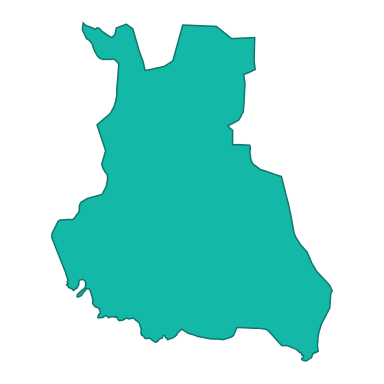 Bukkuyum, Zamfara, Nigeria
{"feature_id": "59680162B43558777101724", "entity_name": "Bukkuyum", "entity_type": "district", "adm_level": 2, "iso_a3": "NGA", "parent_name": "Nigeria", "parent_adm1": "Zamfara", "projection": "natural_earth1", "projection_center": [5.481, 11.985], "detail": "fine", "context": "isolated", "style": "filled", "palette": "teal", "viewbox_px": 384, "rotation_deg": 0, "n_neighbors": 0, "source": "geoboundaries", "source_scale": "gbopen_adm2", "svg_char_len": 5500}
<svg xmlns="http://www.w3.org/2000/svg" viewBox="0 0 384 384"><path d="M254.7,37.6L231.6,38.6L216.4,26.4L182.8,25.0L172.8,60.9L164.3,66.4L157.0,68.0L147.3,70.2L144.9,70.1L144.7,69.2L144.0,65.7L143.1,61.6L141.9,58.5L140.8,55.6L140.4,54.3L138.9,50.0L132.8,28.8L126.4,24.2L116.3,28.0L114.8,35.0L111.7,37.4L109.9,36.5L108.2,35.6L102.1,31.4L99.3,28.4L97.4,27.7L95.0,29.3L91.8,27.5L87.1,26.0L85.4,25.1L83.2,23.0L82.3,29.6L85.1,35.6L86.6,38.7L87.9,39.4L89.3,40.3L90.7,42.0L92.1,43.9L93.4,47.9L94.7,51.3L97.5,56.0L99.8,58.3L102.8,59.4L106.7,59.4L110.1,59.4L112.5,59.1L114.9,59.7L118.8,63.8L116.8,90.1L116.8,92.5L116.8,95.6L116.2,98.3L115.9,99.8L115.4,102.2L115.2,102.8L113.9,106.9L110.3,113.5L97.0,124.8L101.7,139.0L102.8,142.2L105.6,150.8L101.7,164.3L103.0,168.3L104.9,171.7L107.1,174.4L107.7,178.3L106.2,186.6L102.0,194.5L90.0,197.7L86.6,198.9L80.9,202.4L79.9,204.3L79.3,206.7L79.3,209.8L78.8,212.2L76.3,215.3L74.2,218.5L72.2,219.7L70.1,219.4L62.6,219.9L60.2,220.0L58.2,221.1L52.1,233.3L51.8,237.6L65.7,272.8L65.9,273.9L66.4,275.3L66.8,276.4L67.5,278.5L67.7,279.5L67.7,281.0L67.5,281.6L67.2,281.9L67.3,282.3L67.5,282.2L67.8,282.5L67.7,283.1L67.9,283.5L67.9,284.1L67.4,284.4L66.7,284.6L67.2,285.6L67.8,286.1L68.3,286.8L68.5,287.5L69.1,287.8L69.7,287.8L70.5,288.2L71.5,288.8L72.2,289.0L72.7,289.3L73.0,290.0L73.3,290.5L73.9,290.4L74.5,289.5L75.3,289.2L75.8,288.3L76.7,288.3L77.0,288.1L77.0,287.7L77.6,286.8L77.9,286.2L78.1,285.9L78.3,285.3L78.6,285.2L78.7,284.5L78.8,282.9L79.2,280.9L79.2,280.7L79.7,280.1L80.3,279.9L81.4,279.7L82.3,279.4L83.4,279.7L84.8,280.7L85.5,282.2L85.8,283.4L85.7,284.8L85.5,286.6L85.2,287.0L84.7,287.9L83.8,289.1L82.5,289.8L81.9,290.4L80.9,291.2L79.9,292.1L78.9,293.1L78.2,293.7L77.5,294.4L77.4,294.7L77.3,295.3L77.1,296.4L77.1,296.9L77.5,297.1L77.9,296.9L78.6,296.8L79.5,296.5L80.6,296.0L81.4,295.5L82.1,294.3L82.6,293.8L83.1,292.9L83.7,292.1L84.1,291.4L84.6,291.0L85.2,290.7L85.4,290.5L85.6,290.2L85.6,289.7L86.1,288.8L86.5,288.6L87.7,288.7L88.9,288.8L89.5,289.2L89.9,290.1L90.4,290.9L90.7,292.3L91.1,293.6L91.6,295.0L91.6,295.6L92.2,296.5L92.2,297.9L92.7,298.7L92.9,299.5L92.9,300.3L92.6,301.0L92.8,301.6L92.8,302.2L92.6,303.3L92.9,304.0L93.7,304.8L94.2,305.5L94.6,306.4L95.3,306.8L97.3,307.5L97.5,307.6L97.8,307.7L98.2,308.0L98.4,308.2L98.7,308.2L98.8,308.3L99.0,308.5L99.2,308.8L99.3,309.1L99.3,309.3L99.4,309.6L99.6,310.1L99.8,310.9L100.0,311.4L100.3,311.7L100.4,312.0L100.1,313.1L100.0,313.3L99.4,314.0L99.2,314.2L98.9,314.4L98.7,314.6L98.4,315.0L98.4,315.4L98.3,315.9L98.1,316.5L97.9,316.9L97.9,317.0L97.8,317.5L98.1,317.8L98.8,317.8L99.2,317.8L100.0,317.7L102.1,317.5L102.7,317.5L103.0,317.5L103.6,317.1L103.8,317.0L103.8,316.9L104.0,316.6L104.0,316.3L104.2,315.9L104.4,315.8L104.7,315.8L104.9,315.8L105.2,315.7L105.6,315.5L105.8,315.6L106.0,315.8L106.4,315.9L107.2,316.4L108.3,317.7L112.0,316.6L112.3,316.6L112.5,316.7L112.8,316.8L113.2,316.9L113.5,316.8L114.1,316.9L114.3,316.9L114.6,316.8L114.8,316.8L115.0,316.8L115.1,317.0L115.4,317.2L115.5,317.1L116.0,316.6L116.3,316.6L116.5,316.6L117.1,317.8L117.4,318.3L118.2,319.7L119.2,320.6L119.5,320.7L119.7,320.8L120.0,320.7L120.3,320.5L120.7,320.4L121.4,320.3L121.8,320.3L122.1,320.3L122.7,320.1L123.6,319.6L124.6,319.3L124.9,318.9L125.3,318.6L125.5,318.3L125.9,318.3L126.1,318.2L126.4,318.1L126.6,318.1L126.8,318.2L127.0,318.3L127.7,318.5L128.0,318.6L128.4,318.7L128.6,318.7L128.7,318.9L128.8,319.0L129.0,319.0L129.2,318.8L129.4,318.6L130.6,318.7L131.9,318.4L133.4,318.1L134.5,318.9L135.5,320.0L136.8,320.9L138.9,322.6L139.7,324.3L140.2,326.3L141.2,329.2L141.2,330.4L140.9,332.1L141.2,334.4L141.7,335.2L142.4,335.6L143.5,336.1L144.2,337.3L144.7,338.0L145.5,338.6L146.9,338.4L148.6,338.3L149.5,338.1L154.3,341.6L155.7,342.2L156.9,341.6L157.8,341.2L158.4,340.5L158.5,340.4L158.9,339.4L159.1,338.9L160.5,338.6L162.2,338.2L162.3,338.1L162.8,336.0L162.9,335.5L163.9,335.4L164.8,336.0L165.4,337.3L166.9,338.5L167.5,339.7L173.1,337.7L175.0,336.4L176.9,334.6L177.6,333.2L177.8,332.7L181.8,329.2L188.2,333.3L194.4,335.1L197.8,336.4L211.3,339.0L213.9,339.0L219.2,339.1L223.1,339.7L231.5,337.0L233.5,335.5L236.7,328.1L237.0,327.6L243.1,327.7L256.8,328.4L258.7,328.2L266.4,329.4L269.3,331.7L275.2,338.4L281.7,345.6L287.0,345.6L296.0,349.1L299.8,352.5L300.8,352.5L301.5,353.0L301.6,354.7L302.3,355.3L303.5,355.4L303.7,356.3L303.3,357.1L301.8,358.6L301.8,359.6L303.0,360.2L305.7,361.0L307.2,360.4L309.1,359.0L311.6,357.5L312.1,355.5L312.7,354.3L312.7,353.6L313.6,353.5L314.3,352.6L314.7,352.4L315.1,352.6L315.4,352.8L315.7,352.5L316.0,352.3L316.3,352.1L316.7,352.1L317.0,351.8L317.3,351.5L317.6,351.7L318.2,351.4L317.6,347.4L317.4,344.2L317.9,340.9L317.9,337.5L318.8,332.6L321.4,324.0L329.8,308.0L330.7,293.5L332.2,290.9L329.6,285.2L316.7,271.4L311.5,262.6L309.6,257.7L306.9,251.7L305.0,249.7L300.4,244.6L295.4,236.5L294.0,232.7L293.0,227.3L290.9,215.5L289.8,210.5L288.5,204.1L287.4,200.3L283.7,185.6L283.6,185.2L281.4,176.5L275.4,174.6L264.5,170.7L260.4,169.6L256.1,166.3L253.6,164.5L253.4,164.3L252.0,162.6L250.9,159.2L250.8,158.9L250.5,158.1L250.5,157.4L250.6,156.5L250.5,156.0L250.4,155.2L250.2,154.5L250.1,153.9L249.8,153.4L249.9,152.7L250.0,152.0L250.0,151.0L250.2,149.8L250.3,148.9L250.3,147.8L250.0,146.3L249.7,145.2L238.2,144.6L232.6,144.8L232.6,137.8L232.6,130.1L230.1,128.4L227.9,125.8L234.1,122.6L238.5,120.2L240.3,117.5L242.5,112.8L243.2,112.2L244.0,102.9L244.3,97.3L244.6,90.6L245.0,83.7L244.4,79.8L243.7,74.6L250.2,71.9L255.2,69.5L254.1,61.0L254.3,53.5L254.7,37.6Z" fill="#14b8a6" stroke="#0f766e" stroke-width="1.5"/></svg>